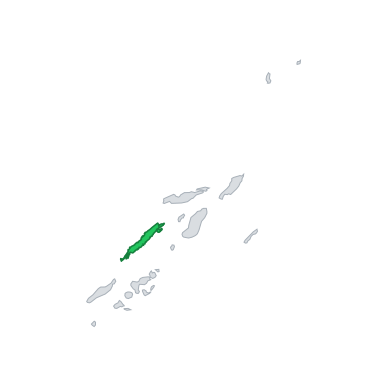 location of Isabel within Solomon Islands, rotated 285°
{"feature_id": "SLB-1264", "entity_name": "Isabel", "entity_type": "Province", "adm_level": 1, "iso_a3": "SLB", "parent_name": "Solomon Islands", "parent_adm1": "", "projection": "orthographic", "projection_center": [158.985, -7.976], "detail": "fine", "context": "in_parent", "style": "filled", "palette": "green", "viewbox_px": 384, "rotation_deg": 285, "n_neighbors": 0, "source": "natural_earth", "source_scale": "10m", "svg_char_len": 7471}
<svg xmlns="http://www.w3.org/2000/svg" viewBox="0 0 384 384"><g transform="rotate(285 192 192)"><path d="M150.3,193.4L156.4,197.9L159.0,197.5L167.1,197.6L171.8,200.9L174.6,202.3L176.1,205.2L178.0,205.9L179.2,207.4L179.9,210.1L176.9,211.5L175.2,211.9L170.5,210.9L166.1,208.8L157.2,208.6L153.1,208.0L151.7,207.2L150.4,206.1L148.3,203.6L146.7,200.7L146.5,198.9L146.3,195.7L146.8,194.5L148.5,193.3L150.3,193.4ZM178.2,166.5L185.0,174.9L184.7,176.4L183.8,177.3L183.5,180.2L184.4,181.2L186.3,181.8L189.4,184.8L190.8,189.6L192.1,191.3L192.2,194.8L195.2,199.7L195.4,202.0L195.1,203.1L193.9,202.5L190.3,196.9L186.1,194.5L185.7,193.5L181.5,190.2L178.7,184.8L175.7,175.1L177.1,172.8L173.7,168.1L173.9,166.9L176.4,167.1L176.8,166.6L178.2,166.5ZM153.1,170.6L154.0,173.3L150.2,170.9L147.4,168.0L139.3,164.9L137.6,163.3L136.1,163.1L132.0,160.5L127.9,158.7L124.8,155.5L123.3,154.9L120.7,152.4L118.2,150.8L117.3,147.7L114.9,145.7L114.3,144.7L122.1,146.4L125.6,149.7L128.7,151.6L129.8,153.0L132.5,154.8L135.0,155.0L137.5,156.9L139.7,157.4L141.5,158.4L152.9,166.8L151.6,169.0L153.1,170.6ZM204.6,225.0L208.0,226.6L210.1,226.4L213.1,227.5L215.3,226.9L216.8,228.4L220.3,234.1L220.3,236.0L222.6,237.3L220.6,237.6L217.9,236.9L215.7,237.3L213.5,236.2L209.7,235.6L206.5,234.2L199.6,230.0L199.7,227.8L198.6,226.8L198.3,224.2L195.8,223.3L192.9,223.2L192.7,221.9L193.3,219.7L195.4,219.8L198.0,220.7L204.6,225.0ZM87.2,138.8L88.1,139.8L86.0,141.5L83.1,140.6L82.4,139.1L80.5,139.4L76.5,138.6L71.0,134.6L65.1,127.1L59.5,122.9L58.4,121.6L58.3,119.5L59.0,118.6L62.5,119.5L67.0,122.9L74.4,126.5L76.5,128.3L77.8,132.7L79.0,134.0L83.0,137.4L87.2,138.8ZM95.0,164.4L96.8,166.7L98.8,171.8L98.5,173.6L97.0,173.7L96.6,174.8L94.7,172.3L92.1,171.7L90.2,170.1L89.3,165.2L87.8,164.9L83.6,165.4L82.2,167.0L80.3,166.5L79.8,165.1L80.1,163.6L82.7,162.2L83.2,160.4L85.8,157.2L87.4,156.7L90.4,157.8L90.8,162.3L91.9,163.7L95.0,164.4ZM172.9,264.4L170.9,265.4L169.2,264.9L167.9,264.1L166.8,262.0L164.5,260.6L161.1,260.1L159.4,258.7L157.1,258.2L156.5,257.1L156.7,255.9L157.0,255.2L159.2,255.8L169.4,261.5L172.9,264.4ZM65.0,155.6L64.5,156.0L63.6,154.4L62.9,154.0L62.9,152.3L60.1,149.5L59.8,147.6L61.5,145.8L63.6,146.8L65.8,149.2L68.4,149.9L67.9,151.5L65.6,154.3L65.0,155.6ZM79.1,160.0L77.9,161.1L74.9,161.0L72.6,158.1L72.6,155.9L74.4,154.0L76.6,153.6L77.8,154.4L78.9,156.0L79.3,158.1L79.1,160.0ZM104.6,176.8L101.9,179.1L99.9,178.3L98.3,176.4L99.1,173.5L100.7,172.9L101.6,171.9L104.6,172.7L105.3,173.2L103.5,174.6L104.5,175.8L104.6,176.8ZM326.1,236.8L321.6,237.4L319.8,239.4L317.5,239.1L316.7,237.4L316.7,236.6L318.0,236.8L318.7,235.2L320.0,234.4L323.2,234.1L327.0,235.0L326.0,236.5L326.1,236.8ZM200.1,203.5L200.3,207.6L198.2,205.3L197.2,206.1L196.3,205.1L196.5,200.3L195.1,195.8L196.3,196.2L200.1,203.5ZM84.7,177.7L84.7,178.1L83.1,177.3L79.7,173.6L80.3,172.3L83.4,169.8L84.4,169.5L85.2,171.0L84.5,173.3L83.5,173.8L83.1,176.0L84.7,177.7ZM161.9,185.6L164.3,185.9L168.6,189.7L167.6,190.9L165.6,190.3L164.9,190.5L164.3,189.2L162.1,188.1L160.2,188.0L159.9,186.7L161.9,185.6ZM134.7,189.2L131.4,188.8L130.5,187.8L131.6,186.4L133.1,185.5L134.4,186.3L135.8,186.5L136.0,188.3L134.7,189.2ZM41.3,132.5L38.5,133.2L36.7,132.3L37.5,130.1L38.4,129.0L41.9,131.0L41.3,132.5ZM148.6,171.9L147.3,172.2L145.3,171.2L144.4,170.3L144.9,168.8L146.0,168.2L147.3,169.2L147.4,170.2L148.6,171.9ZM347.3,262.7L344.8,263.1L343.9,263.0L342.4,260.5L343.6,260.0L345.3,260.2L345.8,261.7L347.3,262.7ZM91.8,179.0L91.7,180.0L90.1,179.7L86.6,178.2L86.5,177.5L88.5,177.2L89.9,177.4L91.8,179.0ZM63.0,160.4L62.4,163.3L60.9,159.8L61.2,156.9L61.8,156.6L63.0,160.4ZM108.7,180.0L106.6,180.8L106.0,179.7L107.5,176.7L108.7,180.0Z" fill="#d9dde1" stroke="#a8b0b8" stroke-width="1"/><path d="M153.4,172.0L154.2,172.6L154.5,173.1L154.1,173.4L153.9,173.4L153.0,172.8L152.9,172.8L152.6,172.8L152.4,172.8L152.3,172.7L152.2,172.5L152.1,172.3L151.6,172.1L151.3,171.6L150.7,171.4L150.6,171.2L150.2,170.7L149.3,170.0L149.0,169.7L149.0,169.2L148.5,169.0L148.2,168.8L146.9,167.6L144.6,167.1L143.6,166.5L142.9,166.2L142.3,165.7L141.8,165.5L141.4,165.4L141.0,165.5L140.1,164.9L139.6,164.8L139.1,164.9L138.8,164.3L138.5,163.9L138.2,163.8L137.8,163.7L137.5,163.6L137.2,163.4L137.2,163.0L136.6,163.2L136.0,163.1L135.4,162.8L132.8,160.9L132.6,160.8L132.2,160.9L131.9,160.7L131.9,160.4L131.9,160.2L131.6,160.0L131.4,160.3L130.5,159.9L130.3,159.9L129.9,159.9L129.7,159.9L129.6,159.4L129.2,159.2L128.8,158.9L128.8,158.5L128.6,158.7L128.0,158.9L128.0,158.4L127.7,157.9L127.3,157.7L126.8,157.6L125.2,156.8L125.0,155.7L124.8,155.2L124.3,155.4L123.5,155.2L123.0,154.9L123.3,154.5L122.9,154.2L122.7,153.9L122.2,154.3L121.9,154.0L121.5,152.9L121.2,152.6L120.8,152.2L120.3,152.1L119.8,152.2L119.5,151.7L118.3,151.0L117.9,150.6L117.8,150.3L117.8,150.0L117.8,149.7L117.9,149.4L117.9,148.2L115.7,146.4L114.3,145.6L114.0,145.2L114.0,144.7L114.2,144.4L114.6,144.5L115.2,144.8L118.0,145.7L118.2,145.9L118.5,145.9L118.7,145.6L119.0,145.3L119.4,145.4L119.5,145.3L119.7,145.2L119.8,145.2L120.0,145.8L120.4,146.1L121.5,146.6L121.6,146.4L121.8,146.2L122.0,146.1L122.5,146.1L122.7,146.4L122.8,146.7L123.0,147.1L123.5,147.6L123.8,147.8L124.1,147.9L124.3,148.1L124.7,148.9L125.2,149.2L125.7,149.8L125.9,150.1L126.2,150.3L127.3,150.6L127.8,150.9L128.6,151.7L129.2,152.0L128.9,152.5L129.1,153.0L129.5,153.3L129.9,153.2L131.0,153.6L131.4,153.8L131.6,154.2L131.7,154.6L131.9,154.8L132.2,154.7L133.0,155.3L133.6,155.0L134.1,154.9L134.7,154.9L135.3,155.1L134.9,155.2L135.0,155.5L135.3,155.7L135.6,155.8L136.0,155.9L136.3,156.0L136.4,156.3L136.6,156.6L137.1,156.3L137.3,156.5L137.6,157.0L137.9,157.2L138.8,157.3L139.1,157.2L139.3,156.8L139.8,157.0L140.0,157.2L140.2,157.4L140.7,157.1L141.0,157.4L141.2,158.0L141.5,158.4L141.9,158.8L142.7,159.2L143.1,159.5L143.5,159.7L143.6,159.8L143.6,160.0L145.0,161.1L147.5,162.7L152.9,166.7L153.0,167.0L152.4,167.6L151.8,168.4L151.6,168.6L151.4,168.5L151.1,168.4L150.8,168.4L150.5,168.6L150.5,168.8L151.0,169.1L151.2,169.5L151.5,169.5L151.7,169.4L152.0,169.2L152.2,169.4L153.1,170.6L153.3,171.0L153.4,171.4L153.4,172.0ZM148.6,171.9L148.9,172.2L148.9,172.3L148.6,172.6L148.4,172.8L148.1,172.8L147.8,172.7L147.5,172.6L147.2,172.5L146.9,172.3L146.5,171.9L146.2,171.3L146.0,171.2L145.6,171.5L145.2,171.0L144.8,170.8L144.5,170.5L144.4,169.7L144.6,169.0L145.0,168.5L145.6,168.3L146.3,168.2L147.2,168.4L147.4,168.8L147.3,170.1L147.5,170.7L147.8,171.1L148.6,171.9ZM115.1,146.6L115.5,146.8L116.0,147.2L116.3,147.6L116.2,147.9L115.7,148.0L115.3,147.7L115.0,147.4L114.8,147.0L114.5,147.4L114.0,147.2L112.9,146.6L113.0,146.9L113.3,147.5L113.0,147.5L112.4,147.4L111.7,147.4L111.7,147.2L111.6,146.8L111.3,146.4L110.7,146.2L110.5,145.9L110.4,145.7L110.5,145.6L110.8,145.7L111.2,145.8L111.4,145.8L111.7,145.9L111.8,145.8L111.7,145.5L111.7,145.4L111.9,145.3L112.1,145.3L112.3,145.4L112.7,145.6L113.4,145.7L113.7,146.2L114.2,146.4L114.7,146.5L115.1,146.6ZM111.8,144.9L111.5,144.6L111.3,144.3L111.0,144.0L110.2,143.8L109.6,143.4L109.2,143.3L109.0,143.2L108.9,142.8L109.1,142.6L109.3,142.6L109.6,142.7L109.8,142.8L110.1,143.0L110.2,143.3L110.6,143.2L110.9,143.3L111.6,143.9L111.9,143.6L112.5,143.7L113.2,143.9L113.7,144.3L113.4,144.4L113.2,144.6L113.2,144.9L113.3,145.2L112.1,145.0L111.8,144.9ZM109.5,141.0L109.4,141.3L109.3,141.6L109.3,141.8L109.3,142.2L108.9,141.9L108.7,141.8L108.5,142.7L108.1,142.5L107.9,142.1L107.6,141.8L107.0,141.8L107.0,141.6L107.4,141.2L107.6,141.2L107.8,141.2L108.5,140.5L109.1,140.4L109.1,141.2L109.4,141.1L109.5,141.0Z" fill="#22c55e" stroke="#15803d" stroke-width="1.5"/></g></svg>